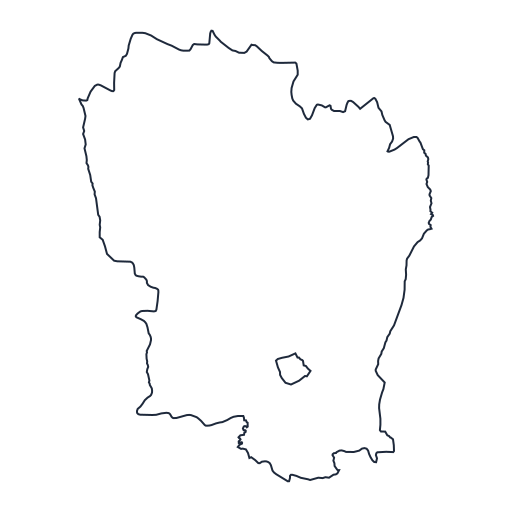 outline of Bulungu, Bandundu, Democratic Republic of the Congo
{"feature_id": "63176286B11990771214401", "entity_name": "Bulungu", "entity_type": "district", "adm_level": 2, "iso_a3": "COD", "parent_name": "Democratic Republic of the Congo", "parent_adm1": "Bandundu", "projection": "mercator", "projection_center": [18.692, -4.697], "detail": "fine", "context": "isolated", "style": "outline", "palette": "slate", "viewbox_px": 512, "rotation_deg": 0, "n_neighbors": 0, "source": "geoboundaries", "source_scale": "gbopen_adm2", "svg_char_len": 5999}
<svg xmlns="http://www.w3.org/2000/svg" viewBox="0 0 512 512"><path d="M78.9,98.5L81.5,104.5L82.8,106.0L83.6,108.1L85.5,116.0L85.1,118.8L83.1,127.4L84.2,131.0L83.1,134.0L85.1,139.5L85.7,144.5L84.5,148.3L86.4,156.2L86.8,160.0L86.5,163.1L88.0,165.4L88.4,166.9L88.2,168.8L90.2,175.0L91.2,181.7L92.6,183.5L92.4,185.2L93.2,187.7L94.8,191.6L94.6,194.4L96.0,198.2L98.2,214.8L99.6,216.8L100.2,220.4L99.7,224.8L100.2,227.4L99.7,232.0L99.7,237.3L102.7,239.8L105.0,246.4L107.0,253.9L114.1,260.7L117.3,261.3L130.4,261.7L132.2,262.6L133.0,263.6L133.8,265.1L134.3,267.7L134.8,273.6L135.7,275.2L136.4,275.7L138.7,276.3L141.4,276.7L143.2,276.7L144.2,277.3L146.3,279.6L146.9,281.1L146.9,282.9L148.1,285.1L150.6,286.7L153.3,287.7L155.2,288.0L157.0,288.8L158.1,289.7L158.3,290.4L158.4,292.1L157.6,301.1L156.4,309.6L155.7,311.0L153.9,311.4L147.5,310.8L142.1,311.0L140.5,311.4L139.2,312.3L137.5,313.6L135.9,315.4L135.8,316.5L136.5,317.3L140.8,319.2L143.9,320.9L145.3,322.3L146.4,323.9L147.5,327.4L148.7,333.4L149.7,334.7L150.6,336.7L151.0,338.5L151.0,340.1L150.0,344.4L146.7,351.0L147.0,352.3L146.4,354.2L146.6,358.7L147.2,361.4L147.0,363.4L147.8,365.0L148.2,366.9L147.3,369.1L146.8,372.0L148.0,374.2L149.4,380.6L148.9,382.4L149.7,383.7L149.8,384.9L151.8,388.4L152.1,390.7L152.0,392.6L151.1,394.9L150.1,396.0L147.6,397.6L144.8,400.2L142.6,403.7L140.4,406.6L137.7,408.9L137.0,410.9L137.0,412.2L137.3,413.2L138.4,414.2L140.2,414.7L152.3,415.0L156.2,414.8L161.4,413.4L166.4,412.8L168.7,413.1L169.7,413.8L170.4,414.7L171.5,416.7L172.5,417.7L173.3,418.1L176.4,418.0L186.8,415.1L189.3,414.9L191.0,415.1L196.7,417.2L198.4,418.5L201.1,420.9L204.8,425.1L205.9,425.7L209.0,425.6L211.4,425.1L216.0,423.4L219.6,422.5L222.4,422.1L227.3,420.0L230.7,418.0L233.5,416.8L237.9,416.0L243.3,416.0L243.9,417.6L244.2,420.3L246.0,420.4L246.6,422.0L247.6,422.7L247.7,426.6L246.8,427.3L245.8,426.2L244.7,426.1L243.8,426.5L242.9,428.5L243.6,430.1L245.4,430.3L245.8,430.9L245.5,432.1L244.4,432.5L244.0,434.8L240.4,435.3L238.5,437.3L239.0,438.0L240.1,438.5L240.5,439.5L238.7,441.4L238.8,442.9L241.7,442.2L242.1,442.8L242.0,443.6L239.4,444.9L237.8,447.0L241.1,448.9L242.7,448.6L245.9,449.4L248.0,453.0L249.4,458.0L251.2,457.2L255.2,460.1L258.3,463.1L259.7,463.2L261.9,461.7L264.9,461.3L266.4,461.4L268.1,462.0L269.7,463.1L270.9,465.2L272.5,470.6L274.0,472.5L276.2,474.2L287.8,481.3L289.1,481.2L290.0,477.9L290.0,475.9L290.9,474.8L292.4,474.8L296.4,475.9L300.8,477.8L308.1,479.3L310.1,480.0L318.3,477.7L322.7,478.1L325.4,477.2L329.0,477.7L333.5,474.7L335.8,474.4L337.4,473.4L339.1,470.1L337.7,470.1L337.2,469.7L334.6,466.0L334.4,463.2L333.4,460.7L334.1,457.7L332.5,455.1L332.7,454.2L333.9,453.2L336.0,453.0L336.5,452.2L339.5,450.6L341.6,450.4L344.3,451.1L346.0,451.9L353.8,452.0L359.3,450.6L362.0,448.6L364.5,448.1L366.6,448.7L368.1,450.6L369.1,454.0L370.5,457.1L372.4,460.3L374.2,462.0L376.1,462.2L377.0,458.3L375.9,455.1L376.3,453.3L377.3,452.3L386.2,451.8L393.2,452.1L394.0,451.0L393.8,445.2L393.0,439.3L390.7,437.5L390.1,437.4L389.1,436.1L387.3,435.3L385.2,431.6L380.9,431.5L379.9,430.1L380.4,424.8L380.4,418.8L379.1,408.1L379.2,404.4L380.0,399.6L382.1,392.4L383.4,389.1L384.7,382.5L377.7,375.1L375.7,370.8L375.7,369.5L378.2,364.2L378.1,361.0L378.6,358.4L381.3,353.9L381.7,351.5L383.8,348.2L385.4,342.3L386.5,340.6L387.3,337.1L389.7,333.7L390.3,331.2L394.0,325.4L401.5,305.1L403.5,297.9L404.6,289.7L404.7,281.3L405.7,279.2L406.1,274.8L405.8,269.3L406.5,265.4L406.6,260.5L407.1,258.6L409.3,255.7L414.0,246.4L417.6,242.1L420.1,240.5L422.0,238.4L423.9,233.7L426.8,230.4L428.1,229.5L429.9,229.2L431.5,228.7L430.4,226.8L430.7,225.1L429.0,223.9L428.7,222.9L429.5,220.9L430.8,219.6L431.7,216.9L433.1,215.9L432.9,215.1L431.1,214.1L432.2,212.8L430.4,211.2L430.5,209.8L430.0,207.0L431.5,203.3L430.8,200.7L431.3,198.1L429.6,195.5L429.5,194.3L430.8,191.1L430.2,189.5L427.8,187.1L426.5,184.0L427.2,181.9L426.4,179.6L426.7,178.6L427.9,177.8L428.5,175.2L428.7,165.6L427.8,164.2L428.1,162.5L427.7,161.5L428.3,159.1L427.9,157.4L425.9,155.6L425.6,153.9L424.2,152.7L424.3,150.3L422.9,149.2L420.4,142.5L419.7,141.7L417.6,137.9L416.5,137.0L413.8,137.0L408.5,139.2L396.9,148.1L394.5,149.6L389.3,151.7L388.2,151.7L387.5,151.3L389.1,147.9L390.1,144.2L392.1,141.5L393.1,138.6L393.0,136.3L389.7,124.9L385.6,121.9L384.6,120.3L382.3,114.9L381.5,111.4L378.5,107.8L377.1,102.1L375.3,98.7L374.2,98.0L373.3,98.3L360.1,108.8L358.5,106.9L353.2,102.1L351.2,100.9L350.0,100.8L348.4,101.1L347.5,102.6L346.6,104.9L345.1,111.2L343.1,112.1L339.9,111.0L334.0,111.0L331.8,109.8L331.0,108.8L330.5,105.8L329.6,105.3L325.9,107.3L325.0,107.3L321.8,105.4L317.9,104.5L316.8,104.8L314.7,108.1L312.0,115.3L310.0,118.8L307.8,119.4L305.9,117.7L303.9,113.8L302.0,108.4L299.9,106.4L295.9,103.7L293.2,100.6L292.3,98.5L291.6,94.9L291.3,91.9L291.6,88.0L293.5,81.4L297.7,74.7L297.7,70.7L296.7,65.1L296.4,63.6L295.3,62.6L281.2,62.9L277.5,62.8L273.7,62.4L271.9,61.2L269.4,58.2L268.9,56.9L267.5,55.5L261.8,51.0L256.8,46.3L255.2,45.2L252.4,45.0L251.5,44.7L246.6,51.6L244.3,52.9L239.0,52.7L235.5,51.0L232.4,50.4L228.6,47.9L220.7,41.7L219.9,40.7L215.7,36.5L214.5,34.7L212.6,30.9L211.4,30.7L210.8,31.6L210.2,33.4L209.3,43.3L208.7,44.2L207.1,44.6L205.0,44.6L197.3,44.4L194.2,44.0L192.8,45.0L190.5,49.3L189.3,50.6L186.4,50.7L183.5,50.7L181.1,50.3L179.1,49.6L171.7,45.7L167.5,44.1L156.9,39.2L151.1,35.5L145.3,33.2L142.4,32.8L136.0,32.8L134.5,33.1L133.3,33.7L132.5,34.7L130.7,38.8L128.7,45.5L128.4,48.5L127.0,53.8L125.8,55.8L122.9,57.1L121.9,59.9L120.6,62.8L119.8,66.6L118.7,68.0L115.2,71.2L114.6,73.0L114.1,82.8L114.2,90.0L113.4,91.1L112.0,91.1L110.7,90.6L100.7,85.3L98.6,84.6L97.3,84.6L94.8,85.9L90.6,91.6L87.7,98.3L87.3,100.1L86.2,100.6L82.7,100.4L79.9,99.3L78.9,98.5ZM285.5,382.8L281.8,378.1L280.1,374.9L280.0,372.0L277.9,367.3L276.0,360.6L277.8,359.0L282.0,357.8L288.6,356.5L295.4,353.4L297.5,357.5L298.9,357.5L300.4,359.3L302.3,360.1L303.0,360.9L303.7,365.4L305.9,366.0L307.9,368.6L310.5,370.9L306.9,376.3L305.0,376.0L299.1,380.7L291.0,384.5L285.5,382.8Z" fill="none" stroke="#1e293b" stroke-width="2"/></svg>